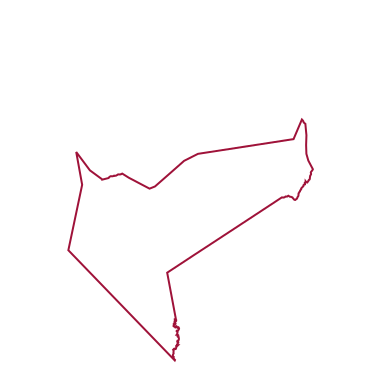 the district of Markham District, Morobe, Papua New Guinea, rotated 226°
{"feature_id": "67681753B75894454378558", "entity_name": "Markham District", "entity_type": "district", "adm_level": 2, "iso_a3": "PNG", "parent_name": "Papua New Guinea", "parent_adm1": "Morobe", "projection": "natural_earth1", "projection_center": [146.054, -6.474], "detail": "fine", "context": "isolated", "style": "outline", "palette": "rose", "viewbox_px": 384, "rotation_deg": 226, "n_neighbors": 0, "source": "geoboundaries", "source_scale": "gbopen_adm2", "svg_char_len": 3472}
<svg xmlns="http://www.w3.org/2000/svg" viewBox="0 0 384 384"><g transform="rotate(226 192 192)"><path d="M253.7,154.6L253.9,154.1L254.0,153.4L254.5,152.8L254.5,152.5L254.7,152.3L255.3,151.7L255.9,151.2L256.1,150.8L256.1,150.3L256.3,149.7L256.5,148.8L257.2,147.8L257.8,147.4L257.7,147.0L258.1,146.5L258.4,145.9L259.0,145.2L259.7,144.7L260.0,144.0L260.2,143.0L260.0,141.7L263.2,136.1L263.3,136.2L278.5,133.6L301.2,136.5L273.5,118.0L236.0,62.6L207.5,62.6L194.3,62.6L132.3,62.6L82.8,62.6L83.0,63.1L83.7,63.1L84.1,63.1L85.4,63.4L85.6,63.6L86.0,64.3L87.2,64.3L87.6,64.6L88.0,65.0L88.4,65.7L88.5,66.4L88.9,66.9L89.5,67.2L90.7,68.7L91.6,68.8L91.7,69.8L91.7,70.2L91.3,70.8L90.7,70.8L90.4,71.1L90.4,71.5L91.2,72.9L91.5,73.2L92.0,73.4L92.2,73.6L92.0,73.9L91.5,74.1L91.5,75.7L92.3,75.0L92.7,75.2L92.7,75.8L93.0,76.4L93.1,77.4L93.5,77.8L94.0,77.7L94.6,77.4L95.1,78.2L94.7,79.0L94.9,79.9L95.9,81.0L96.7,81.3L96.9,81.6L97.8,81.2L98.2,81.3L98.6,81.7L98.6,82.6L98.9,82.6L99.3,82.5L100.0,81.8L100.2,82.7L100.6,83.4L101.2,84.2L101.6,84.5L102.1,84.2L102.5,84.2L102.7,84.4L102.8,84.6L102.7,85.0L102.0,85.7L102.1,86.2L102.3,86.6L102.5,87.5L102.7,87.8L103.0,87.9L103.7,88.3L104.0,88.3L104.0,87.6L104.1,87.4L105.7,87.6L106.3,87.6L106.5,87.3L106.5,87.0L106.4,86.8L106.0,86.7L105.8,86.3L106.1,85.9L106.5,85.9L106.9,86.1L107.2,86.0L108.1,85.5L108.3,85.5L108.6,85.8L108.7,86.2L109.5,87.0L108.8,87.4L108.6,87.8L108.6,88.5L108.8,88.8L109.4,88.9L109.9,88.7L110.3,88.7L110.7,89.1L110.6,89.5L110.3,89.9L110.2,90.6L110.3,91.1L110.5,91.3L110.8,90.9L110.8,90.5L111.0,90.2L111.3,90.1L111.5,90.3L111.7,90.8L111.9,91.0L112.2,91.0L112.5,91.2L112.2,92.1L111.9,92.2L151.2,118.1L145.4,148.9L134.9,204.1L125.7,252.9L125.1,253.4L124.7,253.6L124.4,254.2L124.0,254.6L123.9,255.0L123.8,255.4L123.8,256.1L123.6,256.4L122.7,257.1L122.6,257.8L122.4,258.7L121.5,258.9L120.7,259.1L119.7,259.9L119.3,260.0L118.7,260.3L118.4,260.5L118.2,260.5L117.7,260.3L117.1,260.3L116.6,260.3L116.3,260.3L116.1,260.2L115.8,260.2L115.6,260.2L115.2,260.3L114.8,260.6L114.6,260.7L114.5,260.9L114.5,261.2L114.5,261.6L114.5,261.9L114.4,262.2L114.3,262.5L114.5,262.9L114.5,263.3L114.7,263.8L114.9,264.1L115.0,264.3L115.1,264.9L115.2,265.5L115.4,265.9L115.6,266.2L115.9,266.5L116.2,266.8L116.3,267.0L116.6,267.3L116.8,267.5L117.0,267.7L117.0,268.0L117.1,268.4L117.2,268.8L117.4,269.1L117.4,269.5L117.4,269.8L117.4,270.0L117.8,270.6L118.0,270.9L118.0,271.5L118.0,271.9L118.1,272.3L118.2,272.6L118.5,272.9L118.7,273.0L118.8,274.0L118.8,274.6L118.8,275.2L118.8,275.8L118.8,276.1L118.9,276.3L119.2,276.5L119.4,276.8L119.5,277.1L119.5,277.4L119.3,277.9L119.1,278.3L119.0,278.6L119.4,279.0L119.7,279.2L120.0,279.2L120.3,279.5L120.3,280.0L120.4,280.5L120.4,280.8L120.7,281.1L120.0,281.0L119.6,281.1L119.1,281.2L118.9,281.3L118.7,281.5L118.8,281.9L119.1,282.4L119.0,283.0L119.1,283.4L119.3,283.7L119.4,284.2L119.5,284.6L119.3,284.9L119.3,285.0L119.5,285.7L119.7,286.0L120.1,286.4L120.5,286.9L120.7,287.1L120.9,287.3L121.0,287.6L121.2,287.8L121.7,288.5L121.8,289.2L121.9,289.6L122.0,289.9L122.3,290.2L122.5,290.4L123.1,290.7L123.5,291.0L123.7,291.4L123.8,291.8L123.9,292.3L123.9,292.9L124.0,293.5L124.1,294.0L124.5,294.6L124.5,294.8L133.8,297.5L137.0,299.2L140.0,300.8L146.5,306.7L153.3,313.7L162.3,320.9L163.0,320.8L163.8,320.7L164.6,320.7L165.5,321.2L166.7,321.4L167.8,321.4L159.5,301.8L215.3,222.8L219.9,208.0L220.7,190.0L221.7,169.2L223.9,163.8L236.9,159.5L240.0,158.5L246.0,156.5L253.7,154.6Z" fill="none" stroke="#9f1239" stroke-width="2"/></g></svg>